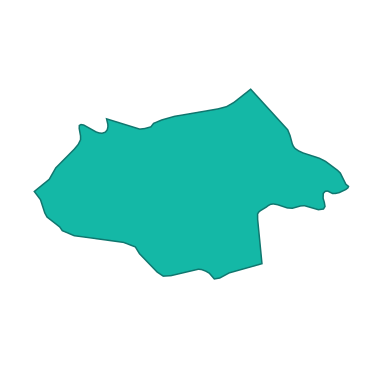 Blantyre, orthographic projection, rotated 259°
{"feature_id": "MWI-1921", "entity_name": "Blantyre", "entity_type": "District", "adm_level": 1, "iso_a3": "MWI", "parent_name": "Malawi", "parent_adm1": "", "projection": "orthographic", "projection_center": [34.955, -15.691], "detail": "fine", "context": "isolated", "style": "filled", "palette": "teal", "viewbox_px": 384, "rotation_deg": 259, "n_neighbors": 0, "source": "natural_earth", "source_scale": "10m", "svg_char_len": 1233}
<svg xmlns="http://www.w3.org/2000/svg" viewBox="0 0 384 384"><g transform="rotate(259 192 192)"><path d="M280.1,122.1L263.7,152.7L263.3,157.7L263.8,164.1L266.7,167.4L268.5,176.1L269.6,189.3L268.6,233.4L269.2,242.3L272.0,250.4L281.7,269.2L234.8,297.8L228.7,299.0L220.2,299.6L217.6,300.2L215.1,301.4L212.1,304.4L209.1,308.5L200.8,323.5L196.6,328.9L185.6,338.9L182.3,341.2L170.3,344.5L167.6,346.7L166.3,345.8L165.1,343.4L163.3,336.4L163.2,332.6L163.7,329.7L167.0,325.4L167.3,323.0L165.6,320.6L160.9,319.5L156.5,319.9L152.4,319.8L150.2,317.8L150.5,312.7L157.1,299.8L157.6,296.0L156.9,287.4L158.2,282.5L163.2,273.6L164.8,269.5L164.9,266.7L164.1,264.2L163.0,262.0L160.7,255.8L159.8,254.0L158.0,252.2L152.5,251.2L108.3,247.0L105.5,213.1L102.3,202.9L102.4,197.3L109.0,193.5L111.7,190.4L114.0,186.7L115.0,183.6L113.9,155.4L114.9,147.7L120.1,142.5L141.4,128.7L148.9,125.9L155.6,115.2L171.6,68.0L178.8,57.3L182.9,55.5L195.1,44.9L199.6,43.5L213.4,41.8L221.2,38.0L222.6,37.3L231.7,54.3L241.7,62.9L256.4,84.5L260.4,89.4L264.6,92.6L268.3,93.3L275.9,93.4L278.8,94.1L279.4,95.9L278.4,98.5L269.2,109.4L267.7,112.1L266.8,114.9L267.3,118.4L269.3,120.7L272.0,121.9L274.4,122.3L280.1,122.1Z" fill="#14b8a6" stroke="#0f766e" stroke-width="1.5"/></g></svg>